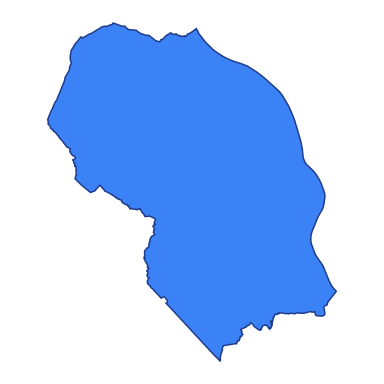 Gjøvik nor, Oppland, Norway (orthographic projection)
{"feature_id": "86288312B91511415851123", "entity_name": "Gjøvik nor", "entity_type": "district", "adm_level": 2, "iso_a3": "NOR", "parent_name": "Norway", "parent_adm1": "Oppland", "projection": "orthographic", "projection_center": [10.396, 60.872], "detail": "fine", "context": "isolated", "style": "filled", "palette": "blue", "viewbox_px": 384, "rotation_deg": 0, "n_neighbors": 0, "source": "geoboundaries", "source_scale": "gbopen_adm2", "svg_char_len": 5928}
<svg xmlns="http://www.w3.org/2000/svg" viewBox="0 0 384 384"><path d="M196.4,28.6L192.0,31.9L189.5,33.4L188.6,33.6L187.2,34.3L187.0,34.6L187.1,35.2L186.3,36.1L186.0,36.0L185.3,36.6L184.8,36.5L184.7,36.0L184.3,35.7L183.6,36.2L182.2,36.5L181.0,35.9L180.2,36.2L179.8,35.7L178.3,35.5L177.5,34.7L177.0,34.7L176.3,33.9L175.7,33.9L174.6,34.6L172.2,33.8L171.8,33.9L170.9,32.9L169.9,33.1L169.1,33.8L168.7,34.5L167.9,34.5L165.9,35.7L165.7,36.2L165.3,36.4L162.9,39.2L160.9,39.7L160.9,40.1L160.4,40.4L160.1,41.5L159.0,41.8L155.6,40.6L149.0,35.4L145.6,35.2L141.2,33.7L139.3,32.7L136.1,30.2L129.3,29.7L127.7,29.0L126.5,28.0L125.3,26.9L125.0,26.2L121.7,26.1L113.2,23.0L112.0,24.5L107.8,25.8L107.1,26.6L104.8,26.2L103.6,26.4L102.6,26.9L102.3,26.7L91.7,33.2L89.2,34.1L82.6,38.0L81.4,36.9L80.5,37.2L80.6,37.5L80.5,37.8L79.3,38.8L78.0,40.7L75.1,44.0L72.6,48.3L71.5,49.9L71.2,50.7L70.3,55.7L70.2,59.0L71.3,63.4L71.1,64.2L70.1,65.5L69.5,68.0L69.3,70.2L65.0,77.6L65.0,78.5L64.1,82.2L63.6,82.9L59.8,92.5L57.6,97.5L57.0,99.5L55.7,101.5L55.0,102.3L52.3,108.8L51.4,110.3L49.8,114.3L48.9,116.2L48.2,118.0L48.2,118.8L47.7,119.5L48.3,122.1L48.2,123.7L48.1,124.2L50.4,126.5L50.6,127.2L50.4,127.7L50.8,128.5L53.0,129.8L53.4,131.2L55.7,132.4L55.6,132.7L56.6,134.0L58.4,136.1L58.7,136.2L58.8,136.9L60.0,138.5L61.5,140.0L66.8,146.9L70.2,148.6L70.1,149.7L69.7,150.4L70.2,152.5L72.3,155.2L75.2,156.9L75.5,157.9L75.1,158.6L73.7,159.6L72.9,159.7L72.9,160.3L73.6,161.3L73.5,161.5L73.9,162.0L73.9,162.7L73.8,162.9L74.3,163.3L74.3,163.6L74.8,164.1L74.7,164.3L74.8,164.6L74.7,164.8L75.1,165.4L74.8,166.0L74.8,166.4L76.2,167.1L76.0,170.2L76.2,173.7L75.5,177.2L75.0,178.7L81.8,185.4L90.5,192.5L95.0,190.8L96.7,188.6L99.9,185.2L103.7,189.5L104.4,190.0L104.7,190.9L105.1,191.2L106.2,191.5L107.0,192.1L109.7,193.3L110.3,194.0L111.5,194.3L112.2,194.9L112.3,195.1L114.1,196.0L114.8,196.9L115.6,197.0L116.0,197.2L116.0,197.6L116.7,197.7L117.2,198.6L117.6,198.5L118.5,199.2L119.0,199.1L119.8,199.7L120.8,199.8L121.2,200.3L121.6,200.3L121.9,200.9L121.8,201.3L122.0,201.6L121.8,201.8L123.0,202.8L123.0,203.1L124.5,203.8L125.5,204.6L126.9,204.5L127.3,205.2L127.7,205.3L127.7,205.7L128.1,206.3L129.0,206.3L129.1,206.6L129.0,207.1L129.6,207.4L129.6,207.8L129.7,208.1L129.7,208.4L129.9,208.8L130.5,208.5L131.6,208.9L132.4,208.6L133.8,209.2L135.2,209.1L135.9,209.5L137.3,209.7L137.9,209.1L138.7,209.3L140.2,208.7L140.4,208.9L140.2,209.5L141.6,211.2L141.8,212.2L144.1,214.4L144.4,214.9L144.3,215.4L144.9,216.5L149.7,216.2L153.0,217.6L155.5,219.2L155.4,220.2L154.6,221.5L154.6,222.2L154.2,222.8L154.3,223.5L154.9,223.9L155.3,224.5L154.8,225.1L153.7,225.1L153.0,225.9L153.1,226.6L154.3,228.7L153.4,232.4L153.7,233.0L154.6,234.2L154.5,234.9L152.1,235.9L152.0,236.2L151.2,236.9L150.6,238.3L149.9,239.5L149.8,240.3L150.0,241.0L149.8,241.1L149.8,241.6L149.2,242.6L149.1,243.9L148.9,244.2L149.0,245.0L148.8,245.7L149.0,246.3L148.5,246.9L148.5,247.5L146.6,248.3L146.5,248.7L145.0,250.5L144.6,251.4L144.6,252.3L144.5,253.1L144.7,255.8L144.0,257.6L145.0,258.0L144.4,258.7L144.3,259.4L144.9,259.9L145.1,260.7L145.3,261.0L145.3,261.5L145.8,262.2L146.3,262.9L147.0,263.3L147.1,263.6L146.9,263.9L147.0,264.3L148.0,265.6L147.9,265.9L148.1,266.5L147.5,266.8L147.4,267.3L147.5,267.7L147.9,268.2L148.6,268.3L148.3,268.6L148.4,269.0L148.1,269.9L147.3,270.2L147.4,270.6L146.8,271.0L146.9,271.4L147.6,271.9L147.9,273.2L147.5,273.8L147.5,274.2L146.9,275.1L146.9,275.4L147.8,276.6L147.7,277.0L147.9,277.3L148.9,277.8L148.4,278.1L148.5,278.6L148.2,279.3L148.1,279.8L147.4,280.4L147.5,281.5L147.4,281.7L147.4,282.5L147.7,282.8L147.5,283.4L150.2,286.3L150.5,287.0L151.1,287.1L151.4,288.1L152.1,288.3L161.2,298.2L163.1,296.8L165.6,297.8L165.9,298.8L167.3,300.5L167.4,301.7L167.5,302.4L167.2,302.7L166.0,303.1L213.5,354.4L220.1,361.0L220.4,360.4L220.3,359.9L220.5,359.4L220.2,358.2L220.4,357.8L220.3,357.3L220.6,355.9L220.5,355.6L220.9,354.7L220.9,354.1L221.4,353.3L221.4,352.9L221.7,352.5L221.9,351.2L222.4,350.5L222.4,347.5L223.3,346.3L223.4,345.7L235.8,343.6L236.5,343.8L237.3,342.2L237.0,341.5L237.1,341.3L238.0,340.5L239.2,340.7L239.3,340.5L239.6,339.8L239.4,339.2L239.5,338.6L239.6,338.3L240.1,338.1L240.4,337.5L240.2,336.9L240.4,336.2L241.7,336.1L242.0,335.4L242.8,334.4L241.4,332.1L241.8,331.9L241.6,331.1L241.6,330.6L240.7,329.4L246.1,327.0L246.7,326.5L246.8,325.6L247.9,325.6L248.7,325.3L249.6,324.7L250.7,322.7L252.7,324.3L254.0,326.3L258.2,329.5L259.9,330.3L260.2,329.6L261.0,329.7L261.5,329.3L261.1,328.7L262.9,325.8L265.4,324.9L266.2,325.5L266.9,325.3L268.1,327.2L268.7,327.3L268.7,328.3L269.5,329.0L269.5,328.4L269.9,327.9L270.3,327.8L270.7,328.2L271.0,328.0L271.1,327.5L272.2,325.0L272.2,324.1L271.7,324.3L271.9,323.7L271.3,323.6L271.4,322.9L271.8,322.6L272.2,322.9L272.3,322.5L272.1,322.4L272.0,322.0L271.0,322.2L270.7,321.1L271.8,321.4L272.8,321.0L273.4,317.6L273.3,317.1L274.1,316.9L274.7,315.2L274.7,314.6L275.0,314.3L277.4,314.4L278.1,313.2L278.3,313.5L279.0,313.7L279.8,312.6L280.2,313.0L283.2,313.1L284.8,313.6L289.3,313.7L290.2,313.3L292.1,313.3L294.7,313.9L295.5,313.3L297.7,312.5L297.9,313.0L298.2,313.1L303.1,313.3L305.0,313.0L308.8,311.9L310.9,311.6L311.9,312.2L313.3,312.1L314.8,311.5L315.0,311.5L315.2,314.2L316.3,315.7L322.4,316.1L324.6,314.9L324.8,312.9L324.1,308.5L323.6,307.2L323.7,306.7L324.3,306.0L326.2,305.4L327.1,304.8L327.8,302.3L328.2,301.6L336.3,291.3L332.9,287.5L331.5,285.6L329.0,280.7L323.0,265.8L315.9,255.5L314.4,252.3L311.3,243.7L310.9,241.1L310.8,239.1L311.0,235.5L312.0,231.6L318.2,216.5L322.5,209.1L323.3,206.7L324.1,203.0L324.8,198.1L324.8,193.9L323.5,189.8L321.2,183.6L319.6,180.2L316.2,174.5L313.7,171.3L306.2,164.1L305.1,162.3L304.0,160.0L303.1,157.0L302.4,149.8L301.5,144.5L300.7,140.9L294.5,119.9L291.1,111.5L288.6,106.0L283.1,96.6L281.8,94.6L279.7,92.0L277.0,89.3L263.6,77.3L256.7,72.0L247.6,66.2L241.0,63.6L234.2,61.5L227.4,58.7L222.6,56.2L216.5,52.2L212.9,49.5L205.2,41.9L199.0,33.8L196.4,28.6Z" fill="#3b82f6" stroke="#1e3a8a" stroke-width="1.5"/></svg>